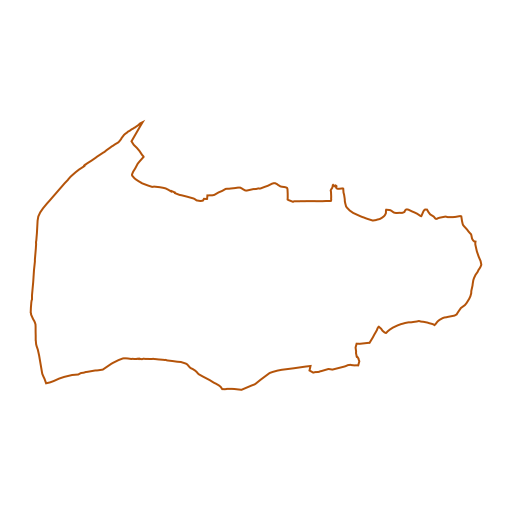 Bang Khen, Bangkok Metropolis, Thailand
{"feature_id": "78962969B44452950449651", "entity_name": "Bang Khen", "entity_type": "district", "adm_level": 2, "iso_a3": "THA", "parent_name": "Thailand", "parent_adm1": "Bangkok Metropolis", "projection": "mercator", "projection_center": [100.635, 13.871], "detail": "fine", "context": "isolated", "style": "outline", "palette": "amber", "viewbox_px": 512, "rotation_deg": 0, "n_neighbors": 0, "source": "geoboundaries", "source_scale": "gbopen_adm2", "svg_char_len": 5995}
<svg xmlns="http://www.w3.org/2000/svg" viewBox="0 0 512 512"><path d="M475.5,241.6L474.2,241.4L473.2,240.5L472.4,239.3L472.0,238.4L471.3,235.0L471.0,234.2L470.1,233.3L468.5,231.5L467.1,229.6L465.4,227.7L464.0,226.2L463.0,224.9L462.6,223.7L462.0,221.0L461.3,216.4L461.0,216.2L460.3,216.1L459.3,216.2L455.5,216.9L453.2,217.1L447.6,217.1L445.7,216.6L445.3,216.6L439.6,217.7L438.0,218.2L436.9,218.8L436.1,218.9L435.3,218.5L434.0,216.9L433.6,216.5L430.2,214.4L428.5,212.2L427.0,209.6L425.1,209.5L424.0,210.4L423.3,211.6L421.4,216.0L421.2,216.2L420.4,215.9L417.1,213.7L414.4,212.4L412.2,211.5L408.7,209.8L407.8,209.5L406.7,209.4L406.0,209.6L405.5,210.0L404.9,210.9L404.4,212.0L402.5,212.8L401.4,212.9L399.5,212.8L396.8,213.0L395.3,212.9L393.8,212.5L392.9,211.9L391.4,210.8L390.3,210.2L389.2,210.0L386.2,209.7L386.0,210.1L385.9,213.1L385.2,214.6L384.7,215.4L383.9,216.3L381.9,217.8L380.0,218.9L378.7,219.3L377.6,219.5L375.8,220.1L373.1,220.5L372.6,220.5L367.5,218.9L366.1,218.4L365.8,218.3L363.6,217.4L362.5,217.1L360.3,216.2L353.1,212.9L349.7,210.5L347.0,207.7L346.1,206.5L345.2,203.1L344.8,201.0L344.8,200.1L344.7,198.8L344.1,194.8L343.5,192.5L343.3,189.4L343.2,188.6L342.6,188.4L339.0,188.8L338.1,188.8L337.3,188.7L336.6,188.3L336.1,187.6L336.1,186.9L336.5,186.2L336.4,186.0L335.5,185.4L335.3,185.5L335.0,186.2L334.6,186.3L333.1,184.9L332.8,185.2L332.6,186.6L332.3,187.7L331.1,189.5L330.7,190.5L331.0,191.9L331.2,197.1L331.1,198.1L331.2,199.9L330.9,200.9L330.3,201.0L326.0,201.0L322.4,201.2L317.6,201.2L311.3,201.1L294.2,201.3L293.8,201.4L293.0,201.8L288.3,200.0L287.6,199.5L287.7,197.8L287.7,193.9L287.5,189.4L287.3,188.5L287.0,187.9L286.2,187.5L284.8,187.1L281.7,186.7L280.4,186.4L277.7,184.7L277.0,184.1L275.1,183.2L273.7,183.2L272.0,183.7L267.8,185.8L264.6,186.9L260.7,188.4L259.7,188.6L258.4,188.4L256.1,189.0L253.3,189.1L247.1,190.5L246.3,190.6L245.1,190.4L243.1,189.3L241.9,188.5L240.2,187.6L238.0,187.6L234.8,188.1L230.8,188.5L229.4,188.7L226.1,188.8L225.5,189.0L222.2,190.9L218.6,192.4L214.3,194.9L212.4,195.3L207.4,195.4L207.1,198.9L206.4,199.0L204.0,198.8L203.3,200.0L202.9,200.6L202.5,200.7L201.3,200.9L200.4,201.0L196.6,200.4L194.6,199.0L193.6,198.5L186.8,196.6L181.7,195.3L179.5,194.9L174.9,193.1L174.9,192.5L171.4,191.0L171.2,191.5L168.4,189.8L165.6,188.4L163.1,187.8L159.7,187.2L154.2,186.6L152.2,186.9L148.2,185.6L143.1,183.7L141.4,183.0L141.2,182.7L139.4,181.7L137.8,180.7L135.7,179.3L134.4,178.2L132.3,175.8L132.0,175.1L132.0,174.6L132.3,173.7L133.2,171.6L135.1,168.6L136.7,165.6L137.7,163.7L139.5,161.5L143.6,156.9L143.5,156.5L142.0,154.8L139.5,151.0L136.8,147.8L133.9,145.0L133.3,144.2L131.5,141.3L140.8,125.2L142.6,122.2L140.0,123.5L138.1,125.3L136.0,126.7L135.1,127.4L134.4,127.7L133.1,128.6L131.5,129.4L129.8,130.7L127.9,131.7L127.0,132.6L125.4,133.7L124.1,134.8L121.5,138.2L121.2,138.9L120.4,140.0L119.0,141.7L118.0,142.6L115.2,144.2L112.6,146.0L111.9,146.3L110.2,147.6L106.5,150.2L104.4,152.0L103.4,152.5L97.0,156.7L95.6,157.8L91.4,160.7L87.1,163.4L85.8,164.4L85.5,164.4L84.3,165.4L84.6,165.8L84.5,166.0L79.1,169.5L75.9,172.0L71.1,176.2L70.2,177.1L68.2,179.4L68.0,179.8L64.7,183.2L49.7,200.5L47.0,203.5L43.1,208.2L40.2,212.4L38.3,216.5L37.6,220.6L36.9,233.3L36.3,240.4L36.0,242.1L36.1,244.3L35.8,248.9L34.9,259.4L34.9,261.6L34.0,269.9L33.2,282.1L32.2,293.0L32.0,295.3L32.0,299.5L31.6,300.5L31.3,302.5L30.9,307.7L30.7,312.7L31.0,313.2L31.1,314.6L33.1,319.1L34.4,321.3L35.0,322.8L35.5,324.5L35.6,326.8L35.6,331.7L35.7,335.9L35.7,340.4L35.8,340.5L36.1,344.1L36.6,346.1L37.8,349.6L39.1,355.4L42.0,372.4L42.3,373.9L43.4,376.5L44.5,378.8L46.1,383.3L50.0,382.4L52.2,381.6L53.8,381.0L59.1,378.6L64.2,376.9L72.1,375.0L78.3,374.5L80.4,373.3L81.2,373.0L83.7,372.7L85.8,372.0L87.1,371.9L95.0,370.5L97.5,370.4L102.8,369.6L111.3,363.8L112.9,362.9L118.5,360.1L122.7,358.5L123.8,358.3L125.5,358.3L128.0,358.5L131.3,359.0L132.4,358.8L134.4,359.0L136.5,359.0L136.8,359.0L137.2,358.7L137.4,358.7L138.3,359.0L138.8,358.6L139.0,358.5L139.3,358.6L139.7,359.0L139.9,359.1L140.4,358.9L141.2,359.1L142.3,359.1L143.5,358.7L145.0,358.9L150.5,359.0L152.0,359.0L153.2,358.8L154.0,359.0L155.6,359.1L158.2,359.4L163.2,359.8L164.8,360.0L165.7,359.9L167.0,360.4L173.0,361.1L177.0,361.7L180.9,362.0L185.0,363.3L186.3,363.8L187.3,364.5L189.9,367.5L190.5,367.9L191.2,368.4L192.5,368.9L195.3,370.7L197.0,372.3L197.6,373.1L198.7,374.2L202.8,376.5L209.7,380.1L213.2,382.3L214.4,383.0L215.6,383.5L218.9,385.4L220.6,386.8L221.2,387.6L222.2,389.1L224.6,389.2L226.1,389.1L226.8,388.9L232.5,388.9L234.4,389.0L237.0,389.3L241.5,389.8L251.6,385.5L254.6,384.4L255.8,383.6L260.5,379.8L269.5,373.1L270.2,372.8L272.8,371.9L277.5,370.6L281.6,369.8L293.6,368.3L305.3,366.6L310.5,366.0L309.5,370.5L313.2,372.6L315.3,372.1L318.0,372.0L319.1,371.8L320.2,371.3L321.3,371.1L328.4,369.0L330.0,369.2L332.4,369.6L344.2,366.6L345.5,366.2L348.0,365.1L349.1,365.0L350.3,364.8L351.6,365.1L354.6,365.4L356.4,365.3L358.2,365.4L359.3,361.4L359.1,360.6L358.6,359.5L358.5,358.6L357.4,356.9L356.9,357.0L356.7,356.7L356.4,355.0L356.0,353.1L356.1,351.4L355.6,347.9L355.6,347.4L356.6,343.7L359.9,343.8L368.0,342.9L369.5,342.9L372.9,337.3L374.3,334.6L375.6,332.4L377.0,329.9L377.5,328.4L378.4,327.0L378.8,326.7L381.2,328.8L382.4,330.6L383.3,331.4L384.5,332.4L385.6,332.9L386.0,333.0L386.7,332.4L387.6,331.4L389.8,329.6L392.9,327.6L397.6,325.4L401.0,324.1L402.7,323.7L405.1,323.0L408.7,322.3L411.3,322.3L413.8,321.9L416.8,321.5L418.9,321.0L421.1,321.6L423.5,321.8L427.5,322.6L429.2,323.2L432.0,323.9L433.4,324.4L434.5,325.1L435.7,323.9L437.3,321.8L437.9,321.2L439.5,319.9L442.7,318.1L444.4,317.5L446.2,317.3L447.8,316.9L454.5,315.6L456.7,314.4L456.9,313.9L458.6,311.3L460.9,308.0L464.9,305.1L466.6,303.0L469.2,298.8L470.4,296.2L471.2,293.3L471.3,291.0L472.5,285.6L472.7,283.9L473.3,280.2L474.0,278.1L475.6,274.7L477.5,272.1L478.7,269.6L479.4,268.7L480.2,267.4L480.8,266.1L481.2,265.1L481.3,264.6L480.6,261.1L478.7,256.7L476.9,251.5L476.5,249.8L475.5,245.3L475.3,244.3L475.3,242.8L475.5,241.6Z" fill="none" stroke="#b45309" stroke-width="2"/></svg>